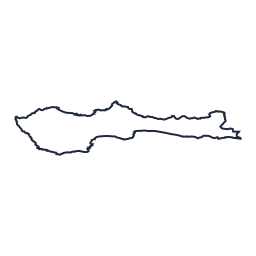 the district of Snæfellsbær, Vesturland, Iceland
{"feature_id": "244011B30460955116065", "entity_name": "Snæfellsbær", "entity_type": "district", "adm_level": 2, "iso_a3": "ISL", "parent_name": "Iceland", "parent_adm1": "Vesturland", "projection": "robinson", "projection_center": [-23.52, 64.838], "detail": "fine", "context": "isolated", "style": "outline", "palette": "slate", "viewbox_px": 256, "rotation_deg": 0, "n_neighbors": 0, "source": "geoboundaries", "source_scale": "gbopen_adm2", "svg_char_len": 5738}
<svg xmlns="http://www.w3.org/2000/svg" viewBox="0 0 256 256"><path d="M116.1,101.4L116.0,101.5L114.9,101.9L113.0,103.4L112.4,103.6L112.1,104.2L112.1,104.6L111.8,105.2L112.1,105.4L111.6,106.2L110.0,107.9L108.5,108.9L107.4,109.3L106.7,109.0L105.8,109.1L106.3,109.3L105.9,109.5L106.0,109.7L105.7,109.7L105.7,110.0L105.0,110.4L103.6,110.2L101.2,110.4L100.2,110.3L99.7,109.8L96.3,109.8L95.9,110.0L96.2,110.1L96.1,110.4L95.7,110.3L95.6,110.6L95.3,110.4L95.0,110.6L95.1,110.8L94.8,110.9L95.0,111.0L94.8,111.3L95.3,111.6L95.3,112.1L93.5,113.4L93.8,113.8L93.5,113.8L92.3,114.7L90.5,115.7L89.4,115.9L87.2,116.0L85.0,115.2L79.1,115.5L78.8,115.3L79.0,115.1L78.1,115.3L77.2,115.1L77.3,115.0L77.0,114.8L77.5,114.4L77.3,114.1L77.4,114.4L77.1,114.7L76.8,114.5L77.0,114.3L76.8,114.5L76.2,114.5L76.8,114.1L76.7,114.0L77.9,113.9L75.8,113.8L74.5,114.0L72.7,113.2L66.1,112.7L62.8,111.6L59.4,110.0L58.3,109.3L59.0,108.5L59.3,108.6L59.0,108.4L58.3,109.1L57.6,108.8L58.0,108.2L57.1,107.9L57.4,107.8L57.2,107.7L57.3,107.7L57.6,107.8L57.8,107.8L59.1,108.1L59.6,108.1L56.5,107.3L52.3,107.1L50.3,107.5L48.0,108.2L47.3,108.3L46.9,108.1L46.8,108.5L46.0,108.8L45.4,108.7L44.6,108.8L42.9,110.1L41.8,110.1L40.6,109.8L39.9,109.2L39.4,109.0L38.8,109.1L37.4,110.2L37.3,110.6L35.3,111.6L35.1,112.6L35.0,112.8L33.7,113.2L32.5,113.2L31.8,113.5L30.6,114.9L28.2,115.8L27.8,116.1L27.5,116.5L27.2,117.4L26.5,117.8L25.5,117.9L23.3,117.5L22.0,117.7L20.6,118.1L19.0,118.2L17.5,117.5L17.0,116.8L16.2,116.7L15.8,116.9L15.8,117.5L15.5,118.0L15.4,118.6L15.5,118.6L15.4,118.8L15.5,119.0L15.8,119.1L16.0,119.4L16.2,120.6L16.7,121.2L16.5,121.3L16.8,121.7L16.8,122.3L16.7,122.4L16.9,122.9L17.1,124.3L17.8,125.2L18.8,125.9L19.7,127.3L21.1,128.7L21.7,129.8L21.7,130.5L22.4,130.9L22.6,131.3L24.3,131.5L24.5,132.0L25.9,133.1L27.1,133.0L27.4,133.2L27.4,133.5L28.8,133.9L29.0,135.0L29.8,136.6L30.4,137.1L31.0,137.3L31.6,138.4L31.4,138.7L31.6,138.8L31.8,139.9L32.2,140.3L32.8,140.6L33.2,141.3L34.2,141.6L34.6,142.1L35.5,142.7L35.5,142.9L35.8,143.2L35.4,144.2L35.5,144.3L35.5,144.8L36.2,145.1L36.3,145.4L37.3,145.7L38.2,146.3L38.1,146.7L38.5,147.1L38.1,147.3L38.3,147.4L38.2,147.5L38.4,147.5L38.7,147.6L38.4,148.0L38.6,148.0L39.1,148.4L38.9,148.8L39.0,149.1L41.4,148.9L41.7,148.9L41.9,149.4L42.1,149.5L43.6,149.5L44.0,149.7L45.4,149.7L45.8,149.9L46.8,150.0L46.6,150.6L46.7,150.8L47.3,150.8L48.3,150.6L50.0,151.5L52.3,151.9L54.7,152.5L56.1,152.7L56.7,153.5L57.2,153.9L57.0,154.1L58.0,154.2L59.2,154.6L60.6,154.5L61.2,153.9L62.6,153.6L62.6,153.4L63.0,153.2L64.7,152.7L68.0,152.3L69.8,152.6L70.5,152.3L71.1,152.3L71.2,152.1L73.0,151.6L73.7,151.6L74.2,151.8L74.5,151.6L77.2,151.0L77.9,151.1L79.1,150.9L80.4,151.2L81.5,151.3L82.4,151.7L84.9,152.0L86.8,152.0L87.8,151.7L88.5,151.1L88.4,150.9L88.6,150.5L88.3,149.8L87.4,149.2L87.4,148.7L88.1,148.6L88.2,148.4L88.7,148.2L89.0,148.2L88.8,147.9L89.2,148.0L89.3,147.5L89.8,147.5L89.7,146.9L90.1,146.3L90.6,146.5L90.7,146.4L90.6,146.1L91.5,145.8L91.6,145.5L92.5,145.2L92.6,144.8L92.4,144.7L92.6,144.6L92.4,144.6L92.4,144.4L92.2,144.4L92.2,144.2L91.8,144.2L92.0,144.2L91.8,144.4L91.4,144.3L90.3,143.0L91.8,140.8L91.7,140.1L94.0,139.2L94.6,139.2L94.5,138.9L94.9,138.4L95.0,138.1L95.4,138.0L96.4,137.1L99.2,136.5L103.8,136.1L108.1,136.0L112.6,136.4L114.6,136.4L115.2,136.5L116.5,137.3L120.2,138.2L121.6,138.8L123.2,139.0L124.1,139.6L124.9,139.5L126.2,139.1L127.8,139.0L129.8,138.2L131.3,138.1L132.4,137.7L132.8,137.3L132.9,136.9L133.1,136.9L133.3,136.2L134.0,135.6L133.8,134.7L133.3,134.1L134.1,133.3L134.9,132.8L134.8,132.5L135.0,132.0L134.4,131.7L135.4,131.1L137.5,130.9L142.1,130.8L143.6,130.5L145.1,130.7L145.8,130.6L148.7,131.1L151.6,130.9L155.6,131.1L165.4,132.8L172.1,134.3L173.7,134.4L177.0,135.0L180.0,135.7L180.8,136.2L182.6,136.3L183.1,136.7L183.9,136.7L185.0,136.5L185.7,136.6L186.3,136.4L186.6,136.4L186.8,136.7L187.5,136.6L189.3,136.7L190.5,136.5L193.3,136.6L196.3,137.4L197.9,138.4L199.0,137.7L200.8,137.3L202.2,136.9L202.5,136.4L204.0,135.7L208.1,135.9L209.7,136.3L212.7,137.7L213.9,138.1L215.9,137.8L217.2,137.2L217.8,137.4L218.1,137.7L218.2,138.6L219.0,138.8L222.0,138.0L225.1,137.7L225.3,137.2L228.9,137.0L232.4,137.4L233.8,138.0L234.3,137.9L240.6,138.7L240.6,138.3L240.4,137.9L239.4,138.1L239.2,138.0L239.1,137.5L236.8,136.7L236.7,134.1L238.5,132.4L238.3,132.1L238.7,131.7L233.2,131.6L232.6,128.9L230.1,128.5L227.9,129.2L222.7,128.6L221.5,128.0L220.4,126.7L224.7,121.9L225.6,121.0L225.6,120.3L224.9,119.1L225.1,117.4L224.5,116.8L224.7,116.6L224.6,116.4L224.7,116.0L224.6,115.5L224.3,115.2L224.5,115.0L224.4,114.6L224.0,114.1L224.1,113.9L224.4,113.9L224.6,113.5L224.0,113.0L224.1,112.9L223.9,112.8L224.0,112.6L223.9,112.4L220.4,111.5L218.5,111.6L218.2,111.4L217.9,111.6L216.8,111.1L215.9,111.1L215.8,111.5L210.4,112.9L209.8,113.4L209.3,114.1L209.3,114.8L210.0,115.4L210.2,116.4L208.2,117.3L206.5,117.3L205.0,117.7L200.6,117.9L200.1,118.7L198.5,118.5L197.3,118.9L196.0,118.1L194.2,117.5L192.8,118.2L191.5,118.1L190.2,118.7L189.3,118.6L187.6,118.1L186.3,117.4L184.8,116.2L182.4,116.2L178.4,118.9L176.7,118.9L175.5,118.3L174.0,116.1L173.4,116.0L172.7,116.3L172.1,116.0L171.9,116.9L171.0,117.4L169.3,117.7L165.6,119.2L163.7,119.6L162.7,119.2L160.9,119.0L160.2,118.6L158.9,119.0L157.5,118.8L155.4,118.0L154.2,118.0L153.4,117.4L152.7,117.1L148.9,116.7L148.3,116.2L146.5,116.7L146.2,117.0L145.5,117.2L144.7,117.3L142.8,117.0L142.7,116.8L143.0,116.4L142.8,116.2L141.7,116.1L140.8,115.6L140.0,115.6L139.5,115.2L138.2,115.1L136.1,114.1L136.0,113.6L135.8,113.4L134.5,113.2L132.7,112.1L132.1,111.5L132.2,110.4L131.6,109.0L129.6,108.9L128.7,108.5L128.0,107.5L128.0,107.1L127.5,107.0L124.3,106.4L122.6,106.5L121.6,106.2L121.2,105.3L117.8,104.0L116.9,103.4L117.3,103.1L117.5,102.4L116.7,102.0L116.1,101.4Z" fill="none" stroke="#1e293b" stroke-width="2"/></svg>